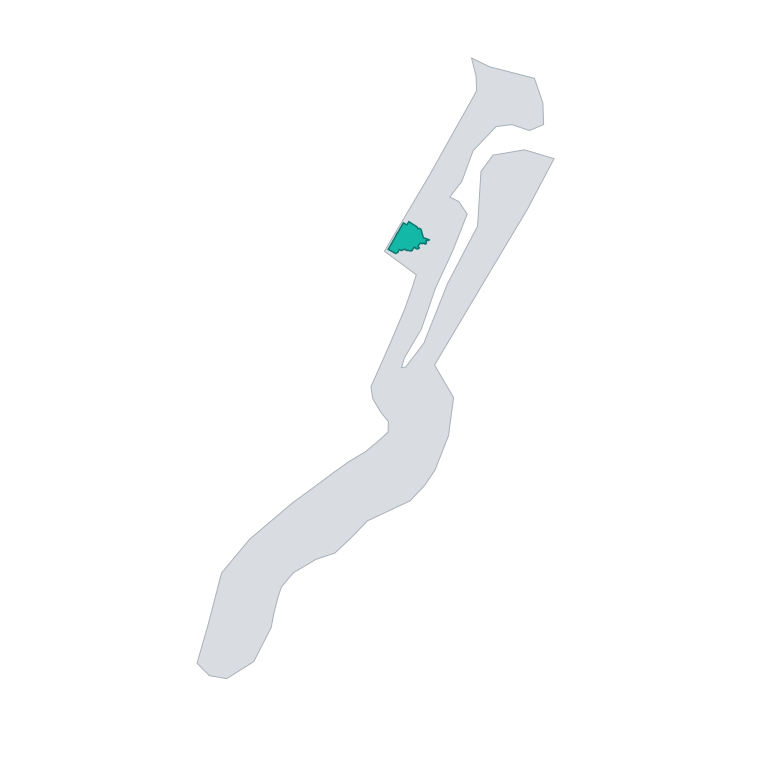 location of Foni Bondali, West Coast, Gambia, rotated 120°
{"feature_id": "56634734B65915930660736", "entity_name": "Foni Bondali", "entity_type": "district", "adm_level": 2, "iso_a3": "GMB", "parent_name": "Gambia", "parent_adm1": "West Coast", "projection": "orthographic", "projection_center": [-15.934, 13.231], "detail": "fine", "context": "in_parent", "style": "filled", "palette": "teal", "viewbox_px": 768, "rotation_deg": 120, "n_neighbors": 0, "source": "geoboundaries", "source_scale": "gbopen_adm2", "svg_char_len": 2492}
<svg xmlns="http://www.w3.org/2000/svg" viewBox="0 0 768 768"><g transform="rotate(120 384 384)"><path d="M103.8,349.4L161.3,347.2L230.8,348.3L306.6,349.3L342.3,349.7L361.0,316.9L396.6,302.3L433.0,296.8L452.0,298.2L472.1,303.0L510.7,329.9L534.7,335.9L554.9,342.0L569.5,355.0L592.6,368.0L610.7,371.4L621.5,369.3L639.3,364.2L651.1,360.0L689.5,358.0L717.8,372.9L723.9,389.4L719.3,406.3L681.4,415.7L628.9,430.2L585.4,422.7L532.4,403.7L501.4,390.0L488.5,384.6L469.1,375.8L452.3,366.4L436.0,360.3L423.6,356.4L414.4,361.4L409.8,373.1L402.5,386.2L393.0,393.9L348.7,398.6L308.9,403.5L287.5,407.5L273.3,410.6L268.8,450.0L223.7,449.5L179.4,449.0L133.4,449.7L83.9,450.3L71.2,458.3L57.9,471.2L56.6,451.5L44.1,406.6L61.1,387.0L79.5,375.5L91.8,384.8L95.5,403.1L105.0,415.6L137.4,423.5L169.6,417.9L189.2,420.5L188.6,410.4L195.3,396.9L234.3,391.1L275.5,387.3L317.9,379.1L351.1,379.4L361.0,377.1L358.6,373.7L328.8,369.9L265.2,379.2L200.5,381.9L151.4,406.3L131.3,404.0L111.0,379.5L103.8,349.4Z" fill="#d9dde1" stroke="#a8b0b8" stroke-width="1"/><path d="M254.0,426.3L253.8,426.4L252.9,426.6L252.0,426.2L251.7,426.1L250.9,426.5L250.7,426.6L250.5,426.3L250.3,425.2L250.2,424.6L250.6,424.4L250.8,424.1L250.8,423.8L250.8,423.6L250.7,423.4L250.4,422.8L249.6,421.8L249.0,421.6L248.9,421.5L248.7,421.5L248.4,421.5L248.2,421.7L248.1,422.0L248.1,422.5L248.2,422.8L248.2,423.1L247.8,423.3L247.7,423.4L246.9,423.5L246.4,423.6L246.1,423.3L245.4,423.1L245.1,423.1L244.2,423.2L243.9,422.8L243.8,422.1L243.5,421.6L243.3,421.2L243.1,420.8L242.9,420.6L242.6,420.2L242.3,420.1L242.2,420.0L241.9,419.8L241.8,419.4L241.8,419.2L242.0,418.9L242.2,418.6L242.3,418.3L242.2,418.2L241.9,417.9L241.7,417.9L241.2,417.8L240.7,417.9L240.0,418.1L239.6,418.4L239.4,418.7L239.3,419.1L239.0,419.2L238.5,419.1L238.2,418.7L237.8,418.2L237.5,417.5L237.3,417.1L237.1,417.0L236.9,416.9L236.6,416.8L236.5,417.1L237.6,423.1L233.1,427.7L231.5,429.4L231.5,431.1L232.7,432.3L231.5,433.6L231.3,435.9L231.2,439.2L230.9,443.6L233.6,443.7L234.7,443.7L234.7,445.7L234.8,446.0L234.8,447.7L234.8,447.8L241.5,447.8L246.7,447.8L246.9,447.8L247.2,448.0L247.5,448.2L247.9,448.0L248.1,448.0L248.3,447.9L248.5,447.9L251.6,447.8L257.7,447.7L265.3,447.7L265.3,445.7L265.2,442.2L265.2,439.2L263.1,437.8L262.4,437.8L261.7,437.9L259.9,438.1L259.8,435.7L256.8,433.4L256.8,433.1L257.0,432.2L257.1,431.0L256.9,430.7L256.3,430.3L256.2,429.5L255.6,428.2L255.5,427.3L255.4,427.1L254.8,427.0L254.4,426.5L254.0,426.3Z" fill="#14b8a6" stroke="#0f766e" stroke-width="1.5"/></g></svg>